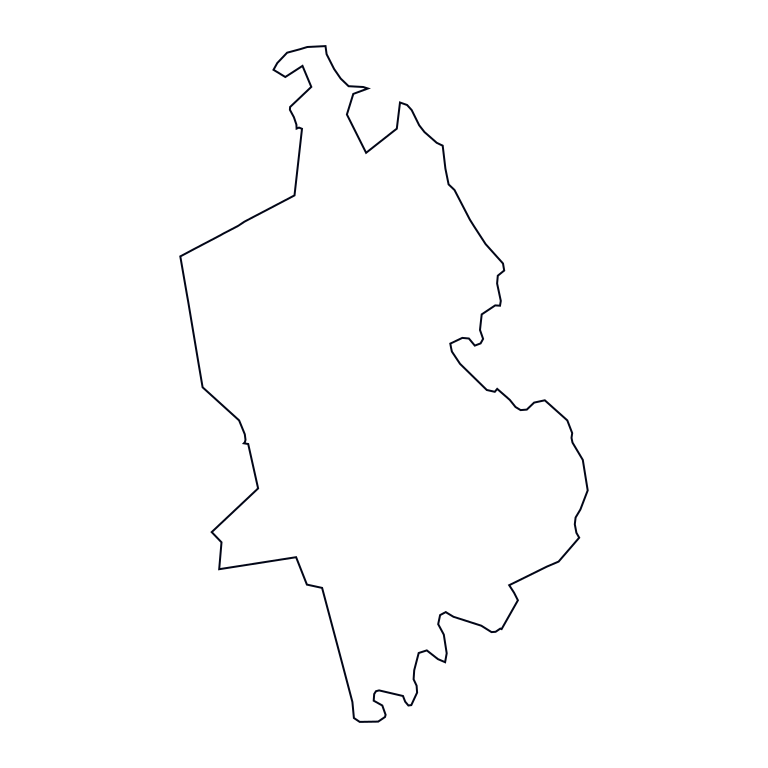 Plymouth, Massachusetts, United States of America
{"feature_id": "52423323B91573323978432", "entity_name": "Plymouth", "entity_type": "district", "adm_level": 2, "iso_a3": "USA", "parent_name": "United States of America", "parent_adm1": "Massachusetts", "projection": "albers", "projection_center": [-70.786, 41.967], "detail": "fine", "context": "isolated", "style": "outline", "palette": "ink", "viewbox_px": 768, "rotation_deg": 0, "n_neighbors": 0, "source": "geoboundaries", "source_scale": "gbopen_adm2", "svg_char_len": 1983}
<svg xmlns="http://www.w3.org/2000/svg" viewBox="0 0 768 768"><path d="M180.3,256.4L187.0,295.0L188.2,301.7L198.9,365.6L199.3,367.9L202.6,387.3L239.1,420.4L241.5,426.2L244.8,434.3L245.5,439.8L245.3,440.7L244.8,442.3L243.9,443.3L248.2,444.0L258.1,488.4L211.7,532.1L221.5,542.3L219.2,569.2L296.1,557.2L306.9,584.6L322.1,587.9L337.9,647.2L342.9,666.0L352.4,702.0L353.9,718.0L359.7,721.9L378.2,721.6L385.0,717.0L385.6,714.8L382.3,705.5L373.7,700.7L374.2,694.0L376.0,691.2L379.1,690.4L403.0,696.0L403.6,697.6L405.2,701.7L408.4,705.5L411.3,705.1L417.1,692.6L416.6,685.7L413.6,679.3L414.2,670.5L414.2,670.3L418.7,653.0L426.8,650.4L437.9,659.1L445.1,662.2L446.7,653.3L443.8,634.6L438.2,624.2L438.7,621.7L440.1,615.1L445.7,612.1L453.5,616.8L481.3,625.7L491.5,632.1L495.6,631.8L500.3,628.6L501.6,629.1L517.9,600.3L514.1,592.8L509.2,585.2L546.9,566.6L558.6,561.6L579.2,537.7L576.4,532.8L574.8,524.3L575.6,517.5L580.4,509.5L587.7,490.4L582.8,459.9L572.5,442.6L571.5,437.9L572.2,433.1L567.3,420.4L544.8,400.3L534.1,402.6L526.8,409.6L520.6,410.1L515.5,407.0L509.8,399.9L497.2,388.9L494.8,391.8L486.8,390.0L478.6,382.0L460.0,363.8L451.9,351.6L451.1,348.0L450.3,343.6L462.3,337.9L468.9,338.5L474.8,345.6L480.6,343.4L483.1,338.9L480.0,330.0L480.3,327.1L481.7,314.4L495.2,305.4L500.0,305.7L500.8,300.9L497.1,283.5L497.5,279.0L497.8,275.7L504.2,270.5L503.0,263.5L485.6,244.1L474.1,226.4L469.9,219.7L454.5,190.0L448.6,184.4L445.4,168.6L442.7,145.7L436.7,142.8L425.9,133.3L424.5,132.1L419.2,125.3L411.7,110.1L407.1,105.0L400.0,102.5L396.8,128.7L393.8,131.0L366.1,152.8L346.9,114.5L353.3,93.9L367.9,88.5L363.2,87.0L348.6,86.2L340.7,78.6L334.1,69.0L326.6,54.2L325.5,46.1L307.3,47.0L300.1,49.2L287.1,52.7L277.3,63.0L273.5,69.8L285.3,77.0L302.5,65.9L311.3,86.9L290.1,107.0L289.9,109.8L293.9,117.2L296.4,124.6L296.6,128.6L299.0,127.6L302.0,128.8L294.5,195.4L276.8,204.7L253.1,217.1L244.4,221.7L237.9,226.0L223.3,233.6L220.7,235.1L194.4,248.9L180.3,256.4Z" fill="none" stroke="#020617" stroke-width="2"/></svg>